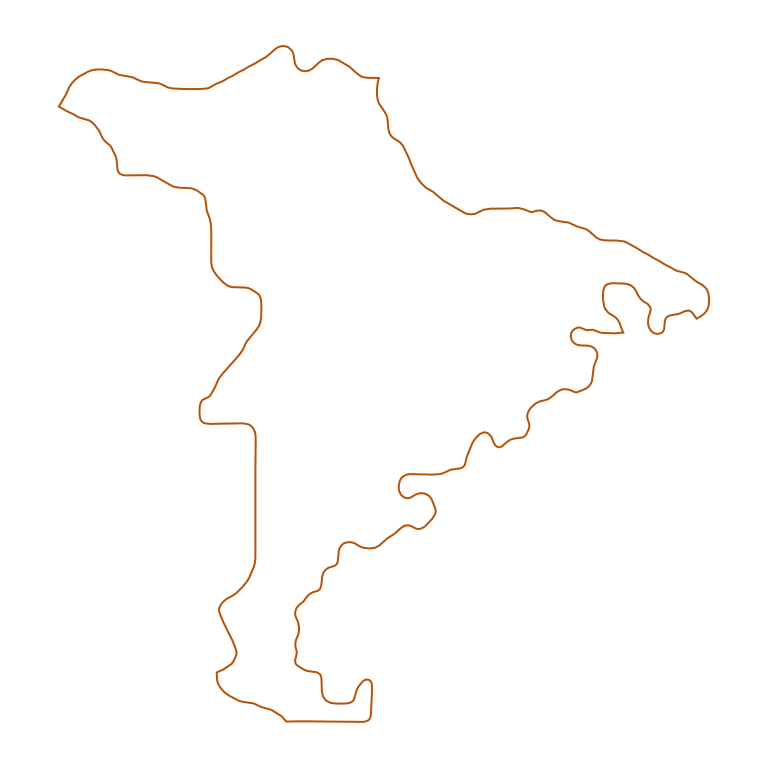 outline of Tamayo, Bahoruco, Dominican Republic
{"feature_id": "3306468B80057745223349", "entity_name": "Tamayo", "entity_type": "district", "adm_level": 2, "iso_a3": "DOM", "parent_name": "Dominican Republic", "parent_adm1": "Bahoruco", "projection": "natural_earth1", "projection_center": [-71.147, 18.477], "detail": "fine", "context": "isolated", "style": "outline", "palette": "amber", "viewbox_px": 768, "rotation_deg": 0, "n_neighbors": 0, "source": "geoboundaries", "source_scale": "gbopen_adm2", "svg_char_len": 6046}
<svg xmlns="http://www.w3.org/2000/svg" viewBox="0 0 768 768"><path d="M378.9,78.0L367.4,77.8L363.5,77.2L360.9,76.3L357.5,73.9L349.0,66.4L338.0,60.0L332.7,58.8L327.4,58.8L322.2,60.2L319.1,62.4L312.5,68.6L309.1,70.5L305.2,71.2L301.3,70.6L298.0,68.5L295.7,65.3L294.8,62.8L293.5,54.5L292.6,51.9L291.1,49.7L288.2,47.2L285.7,46.3L283.0,46.1L280.4,46.4L276.7,47.9L266.0,57.1L261.4,59.5L255.0,63.5L249.3,66.3L244.0,69.6L239.3,71.8L232.9,75.7L228.2,77.9L222.9,81.1L215.8,84.0L209.0,87.9L206.4,88.6L197.5,89.1L183.8,89.0L173.2,88.5L170.3,88.1L167.5,87.3L162.1,84.5L158.3,83.2L145.4,82.0L141.2,81.3L132.0,77.1L119.2,74.9L111.3,71.0L108.6,70.2L101.4,69.4L97.1,69.5L91.4,70.3L87.8,71.8L78.9,76.6L74.6,80.2L71.7,83.5L69.2,87.2L65.8,94.8L58.9,106.6L66.8,111.2L72.7,113.9L79.1,117.5L89.1,120.4L91.5,121.9L94.7,124.9L99.1,130.8L102.0,137.0L103.3,139.2L105.8,142.0L110.2,145.7L111.6,147.8L116.0,157.1L116.6,159.9L117.5,169.5L118.3,171.9L120.0,173.9L122.4,174.9L125.0,175.4L147.0,175.2L154.2,176.2L156.6,177.2L171.9,185.9L174.4,186.9L178.6,187.6L190.1,188.2L192.9,188.7L196.5,190.2L203.3,195.0L204.7,197.0L205.4,199.5L206.8,210.7L210.0,219.5L210.9,224.2L211.3,232.3L211.2,261.9L211.8,266.6L213.6,270.9L216.2,274.7L220.2,279.4L223.5,282.6L227.0,285.3L229.6,286.5L232.4,287.1L245.3,287.6L248.2,288.1L250.7,289.0L256.7,292.9L258.6,294.3L260.1,296.5L261.1,300.6L261.4,306.8L261.2,316.4L260.6,321.1L259.2,325.5L256.7,329.4L247.0,341.1L245.5,343.7L243.3,348.8L240.9,352.7L237.0,357.5L222.9,373.3L219.2,378.1L217.8,380.7L215.1,387.1L210.2,395.7L208.5,397.1L202.8,399.7L201.2,401.6L200.2,404.2L199.7,407.1L199.5,411.6L199.7,416.1L200.3,419.0L201.7,421.4L202.8,422.4L205.3,423.4L210.7,423.9L242.3,423.3L248.0,424.2L250.4,425.4L253.1,428.2L255.0,432.1L255.5,435.2L255.7,440.2L255.4,467.4L255.4,557.6L255.0,562.5L253.8,566.9L249.0,578.1L246.6,582.0L241.7,587.8L236.2,593.1L232.7,595.6L226.9,598.7L223.7,601.3L221.0,604.4L219.2,608.0L219.0,610.6L219.6,612.9L222.9,621.3L232.5,640.7L235.8,649.2L236.6,652.7L236.2,655.1L235.4,657.3L233.3,661.5L232.0,663.6L222.9,669.7L216.7,672.4L217.1,680.1L217.8,683.0L219.9,687.0L221.7,689.3L224.7,692.5L229.2,695.7L239.3,701.0L243.1,701.9L253.6,703.4L261.5,707.1L271.5,709.9L282.0,716.5L286.1,721.5L303.6,721.3L363.0,721.9L365.8,721.4L368.4,720.3L369.4,719.3L370.5,717.2L371.0,712.8L371.9,694.1L372.0,686.1L371.6,683.2L370.2,680.7L369.0,679.9L366.6,679.5L364.2,680.3L362.0,682.1L358.3,686.9L356.8,689.7L353.9,699.7L353.1,700.8L350.9,702.4L348.3,703.2L344.1,703.6L336.6,703.6L330.7,702.9L326.6,700.9L324.4,698.6L322.8,695.8L321.9,691.0L321.4,678.0L320.5,675.2L319.7,674.0L316.7,672.2L308.1,671.1L304.5,670.0L297.5,665.7L295.9,664.0L295.4,662.9L295.1,660.5L296.8,653.1L296.6,651.0L295.4,646.6L295.4,642.5L296.0,640.0L298.4,634.1L298.9,631.3L299.1,628.4L298.3,622.7L295.8,616.9L295.2,614.4L295.2,611.6L296.6,607.9L298.9,605.1L303.4,601.6L306.8,596.8L309.4,594.2L312.5,592.4L318.0,590.7L319.8,589.3L321.2,585.9L322.3,576.3L323.6,572.4L325.1,570.4L326.9,568.7L329.1,567.6L334.5,565.9L336.3,564.6L337.0,563.6L337.8,561.2L338.7,551.7L339.3,548.9L340.6,546.5L343.2,543.7L346.8,542.3L350.7,542.2L354.5,543.2L359.8,546.4L363.4,547.8L370.0,548.5L375.3,547.7L379.0,545.7L387.5,538.2L394.2,534.0L400.5,528.4L403.8,526.1L406.3,525.3L408.7,525.3L411.0,526.0L416.0,528.6L418.4,529.0L420.9,528.6L423.3,527.5L425.5,525.9L432.2,518.8L435.1,514.2L435.7,511.6L435.7,510.3L435.1,508.0L431.8,499.6L430.3,497.4L428.5,495.5L425.1,493.7L422.5,493.2L419.9,493.3L416.1,494.3L410.1,497.8L407.6,498.3L403.9,497.4L401.0,494.8L399.2,491.1L398.7,488.2L398.8,485.2L399.8,480.9L401.1,478.5L402.9,476.6L406.4,474.7L410.5,474.1L431.9,474.6L438.9,474.2L442.9,473.3L450.8,469.7L459.5,468.5L461.8,467.8L463.7,466.5L465.0,464.4L466.8,456.8L472.4,442.8L475.8,437.9L479.8,434.0L483.5,432.4L486.1,432.5L488.4,433.6L490.2,435.3L491.6,437.3L493.9,443.1L495.1,445.1L496.8,446.6L498.8,447.3L500.0,447.2L502.1,446.2L508.0,441.1L510.3,439.7L514.1,438.6L522.7,437.4L524.8,436.2L526.3,434.3L528.3,430.1L529.4,426.8L529.3,424.5L527.3,417.8L527.3,415.1L528.0,412.3L529.4,409.8L531.2,407.5L535.4,403.6L539.0,401.7L547.8,399.4L551.2,397.1L557.6,391.5L561.2,389.7L563.8,389.2L567.6,389.4L570.0,390.0L575.0,392.2L577.1,392.3L585.5,388.8L588.6,386.6L591.0,383.4L592.0,380.8L593.9,366.2L596.7,359.1L597.3,356.5L597.3,353.7L596.9,352.3L595.0,348.9L592.0,346.7L588.2,345.7L580.4,345.4L577.8,345.0L575.4,344.0L573.4,342.4L571.9,340.3L570.9,337.6L570.9,334.7L571.2,333.2L572.5,330.9L574.3,329.1L577.7,327.6L580.2,327.6L586.1,330.0L587.9,330.2L592.6,329.7L599.8,332.4L602.3,332.9L614.7,333.3L623.3,332.6L621.4,328.3L619.6,323.0L617.6,319.6L615.0,316.9L609.7,313.7L607.8,312.1L605.4,309.1L604.2,306.4L603.1,300.2L603.0,295.4L603.2,290.9L604.5,286.8L606.4,284.7L610.2,283.4L613.0,283.2L625.0,283.6L627.9,284.2L630.7,285.3L633.7,287.7L635.3,289.7L638.3,295.6L640.4,298.6L643.1,301.1L648.0,304.3L650.1,307.0L650.7,309.2L650.6,310.4L648.3,318.3L648.0,322.6L648.4,325.5L649.3,328.2L650.7,330.4L652.6,332.3L654.9,333.5L657.4,333.9L659.8,333.6L662.0,332.6L662.9,331.7L664.1,329.2L664.9,321.1L665.7,318.6L667.4,316.6L669.7,315.5L679.0,313.8L685.4,311.0L688.7,310.6L690.8,311.4L691.7,312.1L696.7,318.7L701.6,315.7L704.7,313.2L707.1,310.0L708.2,307.3L708.8,304.4L709.1,298.5L708.2,292.6L707.1,290.0L705.6,287.9L702.7,285.3L696.0,281.3L687.2,274.1L684.8,272.9L677.2,270.9L674.9,269.9L669.5,266.8L664.8,264.5L658.5,260.5L653.8,258.2L647.4,254.2L642.8,251.9L636.4,247.9L626.4,242.4L624.0,241.4L617.0,240.6L605.5,240.4L599.9,239.5L596.2,237.5L589.9,231.8L586.5,229.4L576.6,226.3L568.7,222.6L558.2,221.1L554.4,219.9L551.0,217.5L544.7,212.1L541.2,210.5L537.6,210.5L531.8,212.1L529.8,211.7L523.5,209.2L518.0,207.9L509.4,208.5L490.7,208.7L483.8,209.7L474.8,213.9L471.0,214.3L467.1,213.9L464.7,213.0L443.8,200.9L432.8,191.7L426.0,187.8L420.8,182.8L417.3,178.0L411.2,164.3L408.7,157.7L402.9,145.6L399.5,141.9L394.2,138.7L392.3,137.2L390.6,135.2L389.4,132.9L388.3,128.7L387.6,120.0L386.7,115.7L384.6,111.8L378.9,103.4L377.5,99.2L377.0,94.8L377.0,88.7L377.7,82.6L378.9,78.0Z" fill="none" stroke="#b45309" stroke-width="2"/></svg>